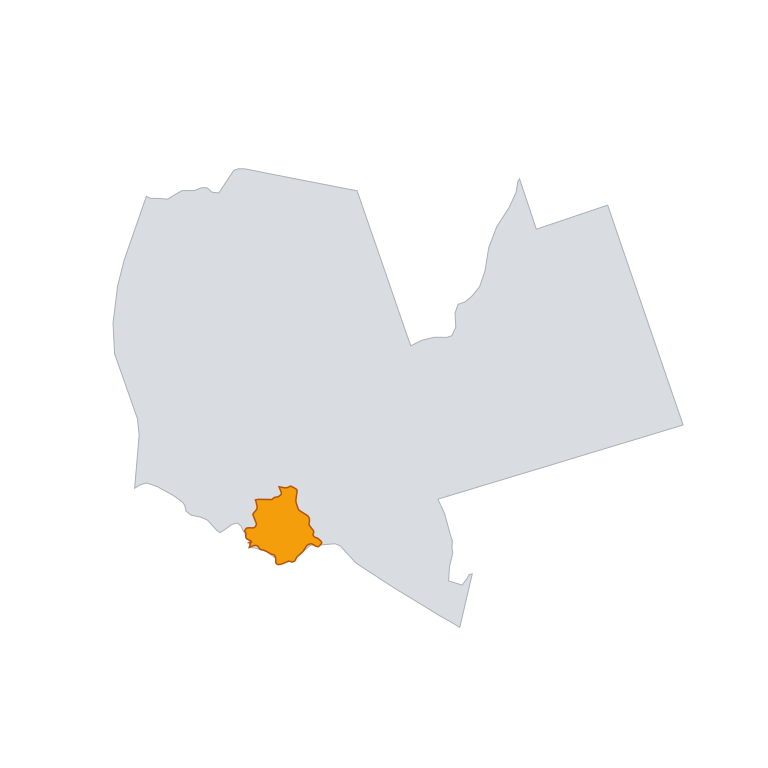 Chiquimula on a map of Guatemala (Mercator projection), rotated 71°
{"feature_id": "GTM-1960", "entity_name": "Chiquimula", "entity_type": "Department", "adm_level": 1, "iso_a3": "GTM", "parent_name": "Guatemala", "parent_adm1": "", "projection": "mercator", "projection_center": [-89.408, 14.682], "detail": "fine", "context": "in_parent", "style": "filled", "palette": "amber", "viewbox_px": 768, "rotation_deg": 71, "n_neighbors": 0, "source": "natural_earth", "source_scale": "10m", "svg_char_len": 3208}
<svg xmlns="http://www.w3.org/2000/svg" viewBox="0 0 768 768"><g transform="rotate(71 384 384)"><path d="M129.2,547.6L132.5,544.2L135.3,536.4L138.8,528.4L136.7,519.2L135.4,511.7L139.3,500.8L139.0,492.6L140.8,487.5L146.6,484.3L149.6,478.0L133.1,456.5L133.1,451.5L135.3,445.5L148.7,422.5L164.6,395.0L182.1,364.7L192.6,346.5L231.1,346.5L256.6,346.4L288.9,346.4L324.0,346.4L347.1,346.4L356.6,346.2L355.0,334.3L356.2,321.2L360.4,309.3L360.4,304.0L353.6,297.6L340.2,293.8L332.8,288.1L332.8,280.9L329.5,272.2L323.1,261.9L309.7,251.5L289.4,240.7L272.1,226.3L257.8,208.2L245.7,196.6L236.4,191.7L234.2,189.1L261.4,189.3L287.2,189.6L287.4,163.6L287.5,140.5L287.7,114.3L334.4,114.4L390.1,114.4L448.0,114.5L493.4,114.5L520.1,114.5L518.9,146.9L517.5,184.4L516.4,211.9L515.1,248.5L513.6,286.0L511.7,336.9L510.4,369.8L511.0,370.5L526.2,368.9L548.6,370.4L554.1,370.3L561.0,373.1L566.3,374.0L577.7,381.4L591.1,387.0L599.6,375.7L595.1,368.9L591.8,365.4L592.3,362.4L638.8,391.6L633.3,396.1L621.5,406.6L600.0,424.3L580.8,440.3L562.3,454.7L545.6,467.7L543.7,469.0L522.5,478.3L519.0,482.5L514.4,500.9L512.4,505.4L516.2,515.6L520.0,531.3L518.8,539.5L504.2,549.6L497.5,558.7L494.5,564.6L491.9,563.0L487.4,562.6L476.9,564.9L471.9,565.4L467.7,568.0L467.3,573.6L470.1,582.8L471.1,587.5L468.1,589.7L455.3,595.2L450.2,600.6L445.3,609.0L439.7,612.6L433.8,611.9L429.7,613.2L420.8,619.5L407.3,631.7L400.2,640.8L400.0,647.6L401.4,653.7L352.5,632.1L336.3,628.4L267.7,628.9L238.3,620.4L204.8,604.1L182.1,589.2L129.2,547.6Z" fill="#d9dde1" stroke="#a8b0b8" stroke-width="1"/><path d="M494.7,564.6L491.0,561.9L490.8,562.2L490.2,563.2L490.0,560.7L488.7,561.2L485.8,564.2L483.8,564.6L482.4,564.1L481.0,563.3L478.9,563.1L477.6,563.7L475.8,561.6L475.7,561.4L475.6,561.2L475.6,560.7L475.6,560.0L476.0,558.5L476.4,557.2L476.8,556.4L477.4,554.6L477.5,553.9L477.5,553.3L477.2,552.4L475.4,550.4L474.6,550.1L465.0,550.5L464.6,550.4L464.1,550.1L462.7,547.9L462.1,546.7L461.3,545.7L460.5,544.7L460.2,544.5L458.6,543.9L453.5,543.3L452.1,543.4L451.7,543.3L452.1,540.5L456.7,527.8L456.2,526.3L455.7,525.2L455.6,524.4L455.6,523.7L455.7,523.3L455.8,522.9L456.1,521.3L456.1,520.9L455.8,519.4L455.3,518.0L454.7,516.9L453.0,516.4L447.0,516.7L450.0,511.3L450.5,509.1L450.1,505.9L450.3,505.3L453.2,502.5L455.4,500.8L456.9,501.0L461.2,503.2L465.3,505.2L467.2,505.7L474.0,505.8L475.9,505.3L483.6,499.1L486.0,498.4L487.1,498.4L489.9,499.3L491.6,500.5L493.7,500.5L500.0,498.4L502.0,499.0L502.5,499.7L503.3,500.2L504.3,500.2L505.8,499.7L506.5,499.0L507.1,498.4L507.8,497.4L508.3,496.9L509.2,496.3L512.0,494.8L512.9,494.6L513.6,494.5L513.9,494.6L514.2,494.8L514.4,495.0L514.6,495.2L514.8,495.5L515.3,496.4L515.7,497.3L515.8,497.6L516.0,497.9L516.1,498.2L516.5,499.1L515.4,501.0L512.2,503.7L511.2,505.2L511.1,507.7L511.7,509.6L512.8,511.2L515.4,514.4L516.6,516.3L519.0,522.2L520.3,523.9L521.5,525.0L522.1,525.8L522.3,526.2L522.5,528.4L522.2,529.4L520.8,530.9L520.4,531.7L520.9,538.3L520.8,540.7L520.3,542.9L518.8,544.3L517.3,544.4L514.1,543.3L512.5,543.0L510.4,543.3L509.4,543.9L508.8,545.0L507.6,546.4L503.7,549.9L501.9,551.8L500.6,554.1L499.6,555.2L496.7,555.9L495.4,556.8L494.6,558.5L494.4,560.6L494.7,564.6Z" fill="#f59e0b" stroke="#b45309" stroke-width="1.5"/></g></svg>